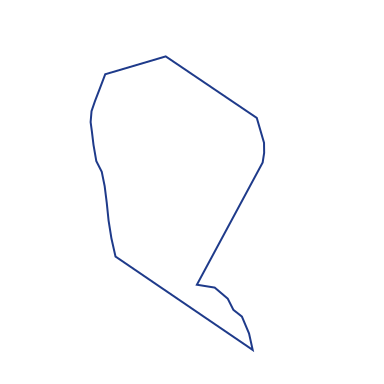 outline of Santo Antônio dos Milagres, Piauí, Brazil, rotated 33°
{"feature_id": "56859067B62795431008505", "entity_name": "Santo Antônio dos Milagres", "entity_type": "district", "adm_level": 2, "iso_a3": "BRA", "parent_name": "Brazil", "parent_adm1": "Piauí", "projection": "orthographic", "projection_center": [-42.703, -6.051], "detail": "fine", "context": "isolated", "style": "outline", "palette": "blue", "viewbox_px": 384, "rotation_deg": 33, "n_neighbors": 0, "source": "geoboundaries", "source_scale": "gbopen_adm2", "svg_char_len": 478}
<svg xmlns="http://www.w3.org/2000/svg" viewBox="0 0 384 384"><g transform="rotate(33 192 192)"><path d="M163.0,287.8L328.9,291.4L316.9,279.6L301.7,269.3L290.9,268.3L280.1,262.0L263.1,259.8L246.6,267.1L235.2,128.8L231.2,119.9L225.6,111.5L206.0,94.6L96.1,92.6L55.1,140.5L58.5,156.2L61.1,168.5L63.7,178.9L68.9,188.6L75.1,195.8L83.7,206.1L94.9,218.2L105.3,224.2L115.6,234.7L126.4,247.5L137.6,261.4L149.6,274.7L163.0,287.8Z" fill="none" stroke="#1e3a8a" stroke-width="2"/></g></svg>